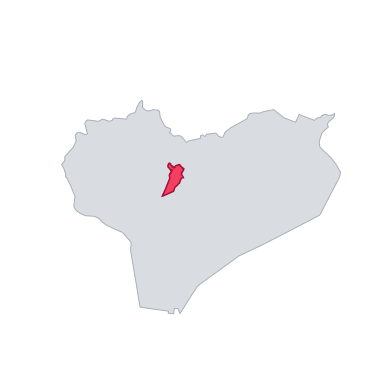 Balad, Sala ad-Din, Iraq shown in context, rotated 292°
{"feature_id": "34846034B72296099204368", "entity_name": "Balad", "entity_type": "district", "adm_level": 2, "iso_a3": "IRQ", "parent_name": "Iraq", "parent_adm1": "Sala ad-Din", "projection": "natural_earth1", "projection_center": [44.1, 33.939], "detail": "fine", "context": "in_parent", "style": "filled", "palette": "rose", "viewbox_px": 384, "rotation_deg": 292, "n_neighbors": 0, "source": "geoboundaries", "source_scale": "gbopen_adm2", "svg_char_len": 5242}
<svg xmlns="http://www.w3.org/2000/svg" viewBox="0 0 384 384"><g transform="rotate(292 192 192)"><path d="M158.5,69.1L161.0,68.4L165.6,64.6L168.3,61.1L169.1,60.8L171.5,61.9L173.2,62.3L177.2,60.9L179.5,61.6L181.5,62.5L182.6,62.6L187.9,64.8L189.2,65.1L191.9,65.3L196.0,65.4L198.6,64.0L200.5,62.6L201.8,62.6L203.0,63.0L204.1,63.6L205.0,64.6L205.4,66.1L205.2,70.9L205.6,72.1L206.4,73.0L207.3,73.2L208.4,72.1L210.3,70.6L212.7,69.0L214.5,67.5L215.5,66.9L217.1,67.0L218.7,67.3L219.5,68.0L220.4,70.5L222.5,78.8L223.7,79.9L225.0,80.8L226.0,82.0L226.4,83.2L226.3,85.2L226.3,87.4L226.9,89.1L227.7,90.4L228.4,91.1L229.5,91.2L230.8,91.5L231.7,92.8L234.5,102.3L234.8,103.5L236.0,103.9L237.9,103.7L239.9,104.7L242.0,106.3L244.0,109.2L245.4,109.6L249.6,109.2L255.3,109.7L258.0,111.2L257.8,112.1L255.7,113.1L252.0,114.3L251.0,116.4L250.4,119.0L250.5,120.5L251.4,122.2L254.0,125.4L254.2,126.6L254.6,128.2L255.1,129.4L254.6,131.5L252.3,133.0L249.2,134.7L243.0,141.9L242.6,143.5L242.6,147.8L242.0,149.0L240.1,149.0L238.5,148.8L238.4,150.3L237.5,152.3L236.9,154.0L239.2,158.2L239.6,160.3L239.3,162.3L237.2,165.8L235.9,168.1L236.2,168.6L237.9,169.5L243.1,177.0L244.7,179.7L246.9,179.0L247.7,179.0L248.4,179.5L248.8,180.4L248.8,181.5L248.2,183.2L251.0,183.9L252.0,185.6L255.3,191.5L255.2,193.2L253.6,196.0L253.6,197.8L254.0,199.5L254.5,200.1L259.2,200.3L261.3,201.0L266.3,204.0L271.9,208.6L276.6,212.4L280.6,215.6L284.8,215.4L285.9,216.0L287.0,217.0L288.3,219.6L290.7,225.6L292.8,227.6L296.0,232.4L299.0,236.9L297.1,243.0L295.3,249.3L295.4,257.5L295.4,261.9L299.5,262.1L304.0,262.3L304.1,267.6L304.2,272.8L304.3,278.9L305.6,279.1L307.7,280.4L308.6,282.4L309.8,283.4L311.2,283.6L312.5,284.6L313.9,286.3L314.4,287.7L314.0,288.6L314.3,290.1L315.3,292.4L316.4,293.5L318.2,294.8L315.8,295.6L313.2,295.0L307.7,292.3L305.9,292.2L303.6,293.3L303.5,294.2L297.6,291.2L295.5,290.6L294.7,290.5L291.4,290.6L286.6,291.1L283.8,292.3L281.9,293.6L281.0,294.8L280.7,295.5L279.2,299.2L277.5,304.0L275.7,308.2L272.2,314.3L270.2,317.0L266.0,322.2L261.5,323.2L250.9,322.2L239.1,321.1L227.4,320.0L218.7,319.1L218.1,318.8L209.5,311.5L202.7,305.7L194.2,298.4L185.5,291.0L176.8,283.4L170.4,277.9L162.7,270.9L155.7,264.5L150.2,259.4L143.1,255.0L137.6,251.6L129.5,246.5L123.1,242.5L117.6,239.0L109.1,233.7L106.3,232.3L97.5,230.5L89.2,229.0L80.5,227.5L74.8,226.4L78.6,222.6L77.5,219.3L74.7,219.9L72.2,220.7L70.7,215.4L72.7,214.8L71.0,207.9L69.2,200.8L67.5,194.0L65.8,187.0L73.1,182.5L78.6,179.1L86.3,174.5L93.6,169.9L100.7,165.6L108.4,160.9L115.3,156.7L121.6,154.9L123.0,153.6L125.9,147.8L128.4,142.9L128.5,141.7L128.6,134.7L129.1,126.5L129.9,122.1L131.4,118.2L132.7,115.4L132.8,112.7L132.7,110.0L131.4,105.9L130.0,101.7L130.2,97.6L130.5,95.4L131.4,91.9L132.9,89.4L134.5,87.8L140.4,86.1L144.0,85.2L148.7,80.7L151.5,78.0L155.4,73.7L158.3,70.6L158.5,69.5L158.5,69.1Z" fill="#d9dde1" stroke="#a8b0b8" stroke-width="1"/><path d="M202.1,178.5L202.3,178.3L202.5,178.2L202.9,177.8L203.0,177.7L203.3,177.3L203.4,177.1L203.5,176.9L203.7,176.5L203.9,176.2L204.1,175.9L204.3,175.7L204.6,175.6L205.0,175.7L205.3,175.6L205.5,175.3L205.7,175.2L205.9,175.2L206.1,175.2L206.3,175.1L206.5,175.2L206.6,175.3L206.7,175.5L206.9,175.6L207.1,175.6L207.3,175.6L207.6,175.7L207.8,175.7L208.0,175.7L208.5,175.8L209.1,176.0L209.3,175.9L209.4,175.5L209.5,175.4L209.8,175.3L210.1,175.1L210.2,175.4L210.3,175.6L210.7,175.6L210.8,175.2L210.8,174.9L210.8,174.3L210.8,173.6L211.0,173.5L211.4,172.9L211.8,172.3L211.8,171.9L211.8,171.7L212.0,171.2L212.1,170.9L212.3,170.7L212.8,170.4L212.6,170.0L212.4,169.4L212.0,169.2L211.8,169.1L211.6,168.8L211.4,168.5L211.2,168.2L211.0,167.8L210.9,167.7L210.5,167.4L210.3,167.2L209.9,166.9L209.7,166.8L209.2,166.8L208.5,166.7L208.0,166.8L207.7,166.3L208.3,165.8L208.2,165.5L208.0,165.2L208.0,164.6L208.6,164.6L208.8,164.2L208.7,163.9L208.7,163.5L208.7,163.1L208.9,163.0L209.0,162.9L209.2,162.5L209.2,162.1L209.3,161.9L209.5,161.7L210.2,161.3L210.3,161.3L210.3,160.9L210.3,160.6L210.3,160.3L210.2,160.2L209.7,159.8L209.1,159.7L208.5,159.7L208.1,159.7L207.5,159.8L207.1,159.9L206.9,160.0L206.3,160.5L206.0,160.7L206.0,160.8L205.9,161.2L205.7,161.7L205.2,162.5L204.7,163.3L204.4,163.8L204.2,164.0L204.7,164.3L204.8,164.5L204.9,164.8L205.0,165.1L205.0,165.3L204.8,165.2L204.7,165.1L204.4,165.1L204.2,165.3L204.0,165.2L203.9,165.1L203.6,165.0L203.3,165.2L203.1,165.1L202.8,165.2L202.5,165.2L202.4,165.1L202.2,165.0L202.1,164.9L202.0,165.0L201.9,165.0L201.9,165.3L201.7,165.4L201.4,165.3L200.9,165.1L200.7,164.7L200.3,164.8L200.2,164.9L199.9,164.8L199.7,164.7L199.4,164.6L199.1,164.6L198.7,165.0L198.2,165.2L198.0,165.3L197.7,165.5L197.1,165.8L196.8,166.0L196.6,166.2L196.4,166.3L196.0,166.3L188.6,166.3L186.4,166.3L185.5,166.4L179.6,166.1L178.4,166.0L177.1,166.0L177.5,166.5L177.8,167.0L178.0,167.1L178.3,167.4L178.6,167.6L178.7,167.8L179.7,168.8L180.9,169.9L181.7,170.7L182.4,171.4L182.8,171.8L183.1,172.1L184.6,173.5L185.7,174.6L187.6,174.5L188.0,174.5L188.6,174.4L189.2,174.4L189.6,174.4L190.3,174.6L190.5,174.7L190.9,174.9L192.3,175.6L192.7,175.9L193.1,176.0L193.6,176.1L194.1,176.2L195.1,176.7L195.6,176.9L195.6,177.0L196.5,177.0L197.2,177.0L198.0,176.9L199.6,176.9L200.5,177.0L201.2,177.5L202.0,178.1L202.1,178.5L202.1,178.5Z" fill="#f43f5e" stroke="#9f1239" stroke-width="1.5"/></g></svg>